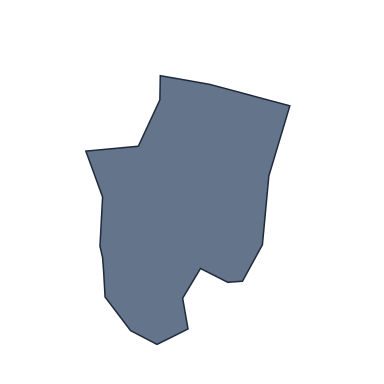 outline of Szolnok, rotated 60°
{"feature_id": "HUN-4918", "entity_name": "Szolnok", "entity_type": "Urban county", "adm_level": 1, "iso_a3": "HUN", "parent_name": "Hungary", "parent_adm1": "", "projection": "natural_earth1", "projection_center": [20.178, 47.22], "detail": "fine", "context": "isolated", "style": "filled", "palette": "slate", "viewbox_px": 384, "rotation_deg": 60, "n_neighbors": 0, "source": "natural_earth", "source_scale": "10m", "svg_char_len": 419}
<svg xmlns="http://www.w3.org/2000/svg" viewBox="0 0 384 384"><g transform="rotate(60 192 192)"><path d="M103.5,263.5L125.5,215.6L96.2,173.8L75.4,161.3L107.7,122.8L166.3,64.2L216.5,117.4L272.9,157.4L294.5,192.9L288.1,206.2L262.5,222.9L279.3,253.2L308.6,263.9L306.5,298.5L281.4,314.5L239.5,319.8L216.9,308.4L204.0,302.2L192.9,298.8L151.6,271.9L103.5,263.5Z" fill="#64748b" stroke="#1e293b" stroke-width="1.5"/></g></svg>